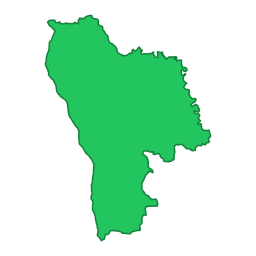 Monywa, Sagaing, Myanmar
{"feature_id": "60261553B28979630774365", "entity_name": "Monywa", "entity_type": "district", "adm_level": 2, "iso_a3": "MMR", "parent_name": "Myanmar", "parent_adm1": "Sagaing", "projection": "robinson", "projection_center": [95.327, 22.213], "detail": "fine", "context": "isolated", "style": "filled", "palette": "green", "viewbox_px": 256, "rotation_deg": 0, "n_neighbors": 0, "source": "geoboundaries", "source_scale": "gbopen_adm2", "svg_char_len": 5712}
<svg xmlns="http://www.w3.org/2000/svg" viewBox="0 0 256 256"><path d="M101.2,240.6L104.3,239.0L105.1,235.8L105.8,234.4L107.8,234.5L109.0,233.4L109.9,231.8L110.0,231.1L110.8,230.7L112.2,230.6L117.3,230.9L120.8,231.8L122.5,233.4L123.0,233.1L124.6,233.1L124.8,233.3L127.8,233.7L130.4,233.7L131.6,232.0L136.2,230.7L140.1,230.3L140.2,228.6L139.4,225.7L141.5,223.7L142.0,222.3L142.0,219.6L141.8,218.2L143.5,214.7L145.7,215.3L146.1,214.8L145.2,208.7L145.8,207.4L146.3,206.6L148.1,206.5L148.2,206.2L157.1,206.1L157.6,204.9L157.6,202.8L157.0,200.9L156.2,199.4L154.1,199.1L152.9,199.5L152.0,199.6L149.8,197.8L149.0,196.9L148.6,195.8L145.8,195.1L144.4,192.7L144.1,192.5L144.0,192.1L143.7,192.1L143.1,190.8L141.9,189.4L141.9,183.4L144.1,179.0L145.8,175.0L147.7,173.2L148.1,171.7L148.8,171.6L148.9,171.8L149.5,171.1L151.6,172.0L152.6,172.6L153.0,172.2L152.8,171.2L152.1,169.9L149.1,167.9L148.1,166.0L148.4,162.5L147.3,157.9L146.0,156.5L142.8,153.9L142.7,152.6L143.8,151.3L145.9,150.7L149.4,151.8L152.0,152.1L153.0,151.7L153.7,152.2L153.1,153.0L153.4,154.2L154.4,154.5L156.1,154.1L156.8,153.6L158.3,153.6L159.8,154.6L160.5,156.7L161.5,157.9L163.6,159.0L163.6,160.9L165.3,161.7L166.9,161.5L168.5,161.9L168.9,161.4L170.8,161.4L171.2,161.2L171.9,160.0L173.5,160.0L174.0,158.9L174.1,157.3L174.1,154.7L174.8,152.5L174.6,149.8L174.3,147.4L174.6,145.9L176.5,144.4L178.4,145.1L179.6,144.3L181.3,144.5L183.4,145.4L186.2,148.5L187.7,148.8L189.7,148.8L189.9,149.0L190.5,149.1L190.8,149.6L190.9,150.2L193.2,150.8L194.1,150.4L195.3,150.3L195.4,148.2L195.9,147.1L197.4,145.8L197.8,145.8L198.3,145.3L199.8,145.6L201.5,145.6L202.3,144.2L202.3,143.8L202.8,143.5L203.5,144.4L205.1,144.8L205.7,144.2L207.1,142.7L207.5,142.6L208.4,142.7L208.8,142.3L208.9,141.9L209.3,141.6L208.7,140.9L208.7,137.9L210.3,137.0L210.6,135.8L210.1,134.2L209.7,133.2L209.5,131.1L209.1,130.4L208.8,130.3L208.7,130.1L207.6,130.5L205.4,130.5L203.3,130.1L201.6,128.5L201.4,124.3L200.6,123.8L198.2,124.3L197.7,124.0L198.1,122.5L199.7,121.8L199.8,121.5L200.2,121.4L200.4,120.9L198.3,118.5L198.9,117.0L199.5,116.3L199.7,115.1L199.0,114.1L196.1,113.9L194.4,113.0L193.9,111.7L194.6,110.8L195.4,111.7L196.8,111.5L197.3,111.9L197.9,112.0L198.1,112.3L199.4,110.8L199.4,109.4L198.2,107.2L197.7,105.6L195.9,104.4L191.9,106.4L191.0,105.9L191.0,104.6L192.2,103.5L192.4,103.1L192.8,103.0L192.9,102.7L194.2,102.5L195.5,101.1L196.0,99.6L195.5,98.6L194.4,98.8L192.5,98.6L191.7,98.3L190.6,97.1L188.7,93.9L189.4,92.7L189.3,90.7L189.2,90.3L188.9,90.0L188.3,89.9L188.1,89.6L187.4,89.4L186.2,89.4L185.1,89.1L183.8,87.6L184.2,86.2L185.7,84.2L186.7,83.2L186.3,82.8L184.7,82.0L184.0,81.2L183.3,80.0L183.4,78.1L182.7,77.2L185.3,74.8L185.6,73.9L185.1,73.7L183.8,75.1L182.2,75.0L181.4,74.4L181.3,70.6L182.1,69.2L182.6,69.5L183.9,71.2L185.1,71.4L185.7,71.3L186.8,70.4L187.0,69.4L186.1,68.0L185.4,67.6L184.4,67.5L183.8,67.3L183.1,67.3L181.9,66.4L181.7,65.7L182.0,65.3L181.2,64.0L181.6,62.2L181.3,61.1L181.5,60.3L181.1,60.1L180.1,60.2L177.4,60.5L176.8,60.9L176.7,59.7L176.2,58.6L176.8,57.7L176.5,57.1L175.5,56.6L175.1,56.7L174.9,57.4L175.1,58.0L175.0,57.8L175.5,58.9L175.1,59.3L174.1,58.8L174.5,57.0L173.7,56.9L172.4,57.3L172.2,57.0L171.4,56.9L171.2,57.2L170.8,56.8L170.3,57.3L168.8,57.0L166.4,59.1L165.7,58.6L165.3,57.3L164.7,56.9L164.0,56.9L164.1,56.2L162.7,55.6L163.3,55.1L163.1,54.9L163.1,54.4L161.8,53.9L162.4,53.2L162.4,52.2L160.5,52.6L159.3,52.2L157.6,51.8L157.7,52.8L157.5,54.7L158.0,56.6L157.7,57.4L157.1,57.5L156.0,57.2L155.1,56.6L154.8,56.0L153.5,54.7L153.4,53.5L153.6,52.2L152.9,52.2L152.1,53.1L150.8,53.9L149.3,53.3L147.6,54.5L146.2,53.7L143.9,53.7L142.6,54.2L141.6,54.2L141.1,53.4L141.3,52.5L140.9,51.5L142.0,51.2L142.1,50.4L141.1,50.2L141.0,49.4L140.5,49.4L140.1,48.1L139.5,47.8L139.2,47.2L138.3,47.9L137.3,49.3L136.5,50.3L135.1,50.8L134.2,50.6L133.4,49.9L133.3,49.5L132.3,50.0L132.0,50.8L132.3,52.2L132.0,53.0L131.2,53.5L130.9,53.0L129.6,53.2L127.1,55.1L125.9,55.7L123.4,55.7L121.7,54.6L120.3,54.5L117.3,52.1L116.9,49.3L115.5,46.7L113.5,44.9L112.0,43.8L112.0,43.6L110.0,43.0L109.0,41.2L108.5,39.8L108.1,39.0L108.1,36.8L106.9,35.1L104.6,32.5L104.3,31.2L102.6,29.7L102.7,27.2L102.2,26.5L101.5,26.1L100.1,25.7L98.3,24.4L98.2,23.9L98.5,21.7L98.1,20.0L96.9,19.1L94.6,18.7L92.4,17.9L91.6,15.4L88.9,15.7L86.1,16.6L82.8,19.2L82.1,18.8L82.0,18.4L80.8,18.3L80.4,18.6L79.8,18.1L79.3,19.1L78.4,19.9L78.5,23.8L77.5,23.5L77.1,23.2L75.8,23.1L74.9,22.3L73.4,23.4L72.0,23.8L67.7,23.4L67.1,23.6L66.4,23.0L63.2,23.9L61.2,23.7L60.4,23.3L59.8,21.9L58.7,22.4L56.8,22.6L55.7,22.5L54.8,20.4L53.6,20.2L51.9,20.1L50.5,20.3L49.7,20.6L49.0,20.6L48.0,21.6L47.6,22.3L48.7,24.0L49.4,25.7L51.4,26.8L52.5,28.0L54.7,30.8L55.0,31.4L53.6,34.3L53.1,35.8L52.1,38.0L51.6,40.0L49.4,42.1L49.1,48.4L48.5,51.1L47.3,53.9L46.5,57.0L46.0,62.3L45.4,63.2L45.4,64.1L45.7,65.4L47.4,69.0L48.7,72.8L48.6,75.0L50.9,77.6L51.5,78.8L53.0,79.6L55.6,84.7L56.1,86.3L56.3,88.7L56.9,91.6L58.8,94.7L59.6,94.7L60.1,95.1L60.3,96.3L61.3,96.9L62.5,98.0L64.9,99.4L66.4,101.3L67.4,103.7L68.6,113.3L69.5,116.7L70.6,117.9L71.7,119.6L72.2,120.7L73.1,121.9L73.3,122.5L73.5,122.6L73.6,123.0L74.1,123.3L74.8,125.0L77.8,128.3L78.8,131.4L79.1,132.5L78.7,133.6L78.7,135.4L79.1,141.5L79.5,144.2L81.4,146.0L83.7,149.0L84.5,150.9L85.9,153.1L88.9,155.8L92.9,161.6L94.0,165.2L93.5,169.5L93.5,173.7L93.0,175.5L92.7,177.4L92.3,182.5L91.9,183.7L91.3,184.8L91.7,187.7L91.5,190.5L92.2,193.0L92.1,193.9L91.2,195.9L91.1,198.2L91.3,199.3L92.5,200.9L92.6,201.4L93.2,202.2L92.8,203.8L92.5,207.4L92.6,210.0L94.4,213.7L95.1,215.9L95.5,217.5L95.5,219.0L95.8,220.4L96.2,221.6L96.3,223.0L96.7,223.9L97.2,226.1L97.3,228.0L98.1,229.1L98.0,230.0L98.2,231.4L97.9,232.7L97.5,233.6L97.4,235.3L97.8,235.9L100.1,238.4L101.2,240.6Z" fill="#22c55e" stroke="#15803d" stroke-width="1.5"/></svg>